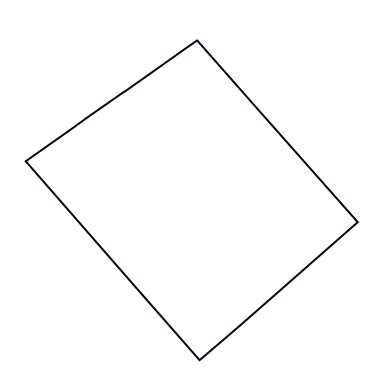 Lauderdale, Mississippi, United States of America (Mercator projection), rotated 229°
{"feature_id": "52423323B32649044831734", "entity_name": "Lauderdale", "entity_type": "district", "adm_level": 2, "iso_a3": "USA", "parent_name": "United States of America", "parent_adm1": "Mississippi", "projection": "mercator", "projection_center": [-88.559, 32.401], "detail": "fine", "context": "isolated", "style": "outline", "palette": "ink", "viewbox_px": 384, "rotation_deg": 229, "n_neighbors": 0, "source": "geoboundaries", "source_scale": "gbopen_adm2", "svg_char_len": 351}
<svg xmlns="http://www.w3.org/2000/svg" viewBox="0 0 384 384"><g transform="rotate(229 192 192)"><path d="M60.5,297.3L206.5,296.0L303.0,295.3L304.5,281.9L307.9,247.1L311.8,208.3L312.4,204.7L313.6,193.2L316.8,163.2L318.7,142.0L318.7,141.9L324.3,86.7L163.7,87.0L60.1,87.4L59.7,141.3L60.5,297.3Z" fill="none" stroke="#020617" stroke-width="2"/></g></svg>